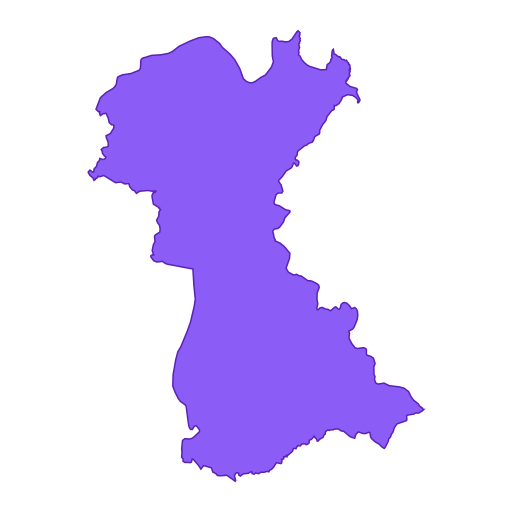 outline of Sirindhorn, Ubon Ratchathani, Thailand
{"feature_id": "78962969B9944592698324", "entity_name": "Sirindhorn", "entity_type": "district", "adm_level": 2, "iso_a3": "THA", "parent_name": "Thailand", "parent_adm1": "Ubon Ratchathani", "projection": "natural_earth1", "projection_center": [105.457, 15.111], "detail": "fine", "context": "isolated", "style": "filled", "palette": "violet", "viewbox_px": 512, "rotation_deg": 0, "n_neighbors": 0, "source": "geoboundaries", "source_scale": "gbopen_adm2", "svg_char_len": 5985}
<svg xmlns="http://www.w3.org/2000/svg" viewBox="0 0 512 512"><path d="M354.7,438.3L355.9,434.4L358.3,431.9L363.3,433.6L365.7,433.5L369.0,432.2L370.0,432.9L370.6,437.0L372.1,439.2L375.8,442.3L379.4,444.3L381.8,446.9L384.2,448.4L385.0,447.7L388.1,441.6L388.8,438.8L390.4,437.1L391.6,434.0L393.0,432.1L394.4,427.6L397.0,423.9L406.5,420.6L406.9,419.6L406.6,415.9L407.2,415.2L414.1,414.0L415.4,413.0L418.5,413.1L422.3,410.9L423.8,409.4L422.9,409.4L422.6,408.3L419.5,406.0L418.3,403.9L413.4,400.0L410.7,396.1L408.7,391.7L404.1,388.2L399.5,386.9L389.3,385.7L384.0,383.1L378.2,384.1L375.9,383.1L374.5,379.6L375.0,376.5L374.0,374.4L373.8,367.0L375.1,363.6L373.5,358.2L370.9,356.4L367.0,355.1L366.4,354.1L366.4,349.5L365.6,348.4L363.4,347.7L357.3,348.5L355.1,347.8L352.0,343.9L348.9,338.1L349.5,333.7L348.8,331.2L352.7,329.0L354.0,327.3L357.2,319.7L357.8,315.0L357.4,311.2L356.4,308.9L354.6,307.5L351.5,308.7L349.5,305.7L347.0,303.3L344.6,302.5L343.0,302.8L341.1,304.5L340.2,308.2L339.1,309.2L338.4,309.2L335.8,306.8L334.7,307.2L330.5,310.8L327.9,309.3L325.2,309.0L322.3,307.4L320.0,307.9L318.0,309.8L317.2,309.5L316.8,308.6L317.8,303.7L317.0,299.6L317.1,293.1L319.2,287.7L318.8,285.3L316.8,283.6L312.2,281.3L309.8,280.6L308.1,280.9L301.1,275.9L299.5,275.9L296.6,274.3L294.2,275.0L293.0,274.7L288.4,272.1L286.1,268.2L289.5,258.4L289.9,253.3L284.4,246.6L280.2,243.2L275.1,240.8L275.1,239.5L274.0,237.3L273.4,233.3L272.6,231.8L274.0,229.2L278.0,228.4L279.6,227.2L283.6,221.8L284.7,218.1L290.0,212.0L290.0,211.0L289.2,210.5L285.7,209.8L279.4,205.8L274.9,204.5L273.9,202.4L276.1,194.5L278.4,193.0L281.8,193.0L282.9,191.2L281.1,184.9L278.6,181.4L278.9,180.2L282.5,176.3L286.1,171.0L291.0,168.1L292.2,166.6L293.4,163.3L294.6,163.3L296.6,166.0L297.8,165.8L298.6,164.3L298.9,161.8L297.4,160.2L295.7,159.7L295.2,159.0L295.5,157.1L297.1,155.1L297.6,151.4L304.5,145.8L307.1,144.9L308.7,143.3L312.2,142.2L313.2,140.9L314.9,136.5L319.2,134.0L319.7,132.7L319.7,130.3L322.5,124.9L326.0,120.2L327.1,116.5L331.6,110.8L334.1,109.4L334.4,105.5L335.9,105.7L339.1,103.5L341.6,99.5L342.4,97.0L347.6,94.7L352.6,95.4L355.7,97.4L358.2,100.1L357.5,101.7L357.7,102.7L358.6,102.7L359.7,100.9L360.0,99.8L356.8,93.2L356.7,91.2L357.5,89.6L356.6,88.4L350.0,86.5L346.0,83.2L346.0,80.9L347.1,80.6L346.9,79.4L348.2,78.9L348.1,78.1L349.0,77.2L349.2,76.1L350.0,75.7L349.3,73.1L350.2,71.3L349.1,70.3L349.6,69.3L350.3,69.5L350.4,68.4L349.9,67.7L350.1,66.8L349.6,64.7L348.8,64.6L348.6,63.0L347.3,61.9L346.6,60.3L345.3,60.6L344.1,59.6L341.9,59.4L339.7,56.6L338.6,56.9L335.4,54.3L334.1,54.1L333.4,49.3L332.5,50.0L332.1,51.8L331.6,56.1L332.2,57.4L330.7,59.8L330.7,61.2L329.0,63.5L327.2,64.5L326.3,69.6L320.6,69.8L309.7,66.4L307.4,65.2L304.3,62.6L301.5,59.3L300.1,56.1L298.6,54.9L299.0,52.1L298.4,50.9L299.0,49.4L298.9,48.6L299.6,47.7L298.8,44.6L299.0,43.5L299.6,43.1L299.5,41.7L300.3,40.9L299.9,39.4L300.3,38.6L299.1,36.1L299.9,35.1L299.6,34.4L300.1,32.9L298.1,30.7L296.8,31.9L291.9,39.2L288.8,41.5L285.8,41.9L281.9,41.2L278.9,41.3L277.5,40.4L276.4,37.8L274.9,37.8L273.2,38.5L272.2,41.6L272.1,45.2L272.3,56.1L273.4,61.7L271.5,67.0L265.4,75.1L261.0,77.3L254.9,81.7L252.1,82.8L250.1,82.8L246.7,81.7L243.4,78.7L239.7,68.5L234.8,59.8L230.3,54.4L222.5,47.5L219.4,43.3L213.4,38.5L209.3,36.9L206.4,36.7L199.0,37.7L190.0,41.1L179.1,46.3L172.1,51.7L168.4,53.4L160.9,54.8L151.6,55.4L142.2,58.3L140.9,60.0L140.4,68.5L138.9,70.4L130.7,73.6L122.5,74.8L118.0,76.8L117.3,78.1L116.3,84.2L115.1,86.3L113.0,88.5L106.2,92.5L100.4,97.7L96.0,109.2L98.4,111.7L99.7,111.7L99.5,113.5L100.4,115.6L102.9,113.8L106.1,113.4L108.2,118.1L109.2,122.6L111.4,124.7L113.4,125.0L114.0,125.7L113.6,128.3L110.3,133.6L106.1,135.7L106.2,137.4L108.2,142.4L108.2,146.2L107.1,147.0L103.5,147.5L101.2,149.5L102.2,151.3L102.4,153.2L104.3,155.9L105.7,156.7L105.6,157.9L104.4,159.1L102.7,159.5L99.9,158.4L99.3,160.7L97.5,162.4L96.5,166.3L94.1,168.8L93.8,171.9L92.5,172.0L90.0,170.1L88.4,171.7L88.2,172.5L89.9,175.4L93.1,178.1L93.9,180.3L95.3,179.6L95.4,178.6L96.6,178.3L97.8,177.2L98.1,176.1L99.8,176.7L103.9,175.5L115.5,182.7L121.0,182.0L124.5,183.9L128.8,183.6L129.8,186.8L132.5,190.0L134.5,190.7L136.4,193.4L139.7,191.2L148.1,190.5L152.6,191.3L155.1,190.8L155.8,191.2L155.0,192.5L153.2,192.8L152.0,195.4L152.1,197.2L153.4,204.2L159.4,207.8L159.1,208.6L160.5,209.5L159.0,211.9L158.8,216.1L156.6,220.1L157.4,222.4L159.4,225.3L160.1,228.7L159.8,232.1L155.5,234.8L154.5,236.1L155.0,241.5L153.3,244.9L152.2,250.5L153.6,255.0L152.2,254.9L150.8,255.8L150.9,257.0L153.7,260.7L156.7,262.0L162.4,261.4L165.4,263.5L167.8,264.3L192.9,269.0L193.9,285.3L195.3,299.1L194.2,306.4L190.5,322.1L187.5,330.6L180.9,346.6L177.8,351.8L175.7,359.9L173.1,374.8L172.8,386.1L174.9,391.8L178.3,398.6L180.3,401.3L185.1,404.8L186.1,406.1L188.7,425.6L189.8,428.4L190.6,429.4L192.2,429.5L194.5,426.0L196.4,425.8L199.4,429.6L199.5,431.2L199.3,431.9L193.8,437.1L191.7,438.5L189.6,439.0L184.8,438.7L182.5,440.5L181.7,448.5L182.0,452.9L181.6,457.3L183.1,458.8L183.0,461.3L184.8,462.4L190.5,462.6L191.5,462.0L192.1,459.0L192.9,459.0L198.4,465.2L200.9,469.1L203.7,465.6L211.4,467.8L212.8,472.1L215.9,473.6L217.4,475.5L219.8,475.8L226.9,475.3L235.2,481.3L235.7,480.7L234.5,476.0L235.5,473.5L236.7,472.7L238.6,473.1L238.7,474.9L240.3,476.1L243.2,473.9L248.3,473.3L251.4,471.6L251.9,472.0L252.0,473.5L254.2,474.2L255.5,473.0L258.8,473.7L260.8,472.2L264.0,472.3L266.9,471.4L268.9,471.8L269.5,470.2L271.3,469.5L273.5,467.4L276.4,462.7L280.9,463.6L281.5,463.2L282.0,461.0L281.7,459.3L283.7,458.9L283.8,456.7L286.8,456.7L286.1,455.9L286.6,455.2L287.4,455.7L292.5,451.3L293.4,448.7L294.5,448.3L295.9,448.8L297.5,445.7L300.5,445.9L301.6,444.1L305.1,443.7L306.2,444.7L307.5,444.3L309.1,442.9L309.3,440.2L311.4,439.4L314.2,436.2L315.1,437.8L316.4,438.9L317.2,441.1L318.4,440.9L319.4,439.5L323.1,437.3L324.1,434.8L325.2,434.2L325.4,432.3L326.2,431.0L328.0,430.0L329.4,430.4L330.0,429.9L333.3,429.8L334.0,429.2L338.2,428.9L340.9,430.8L343.8,431.4L350.1,436.7L354.7,438.3Z" fill="#8b5cf6" stroke="#5b21b6" stroke-width="1.5"/></svg>